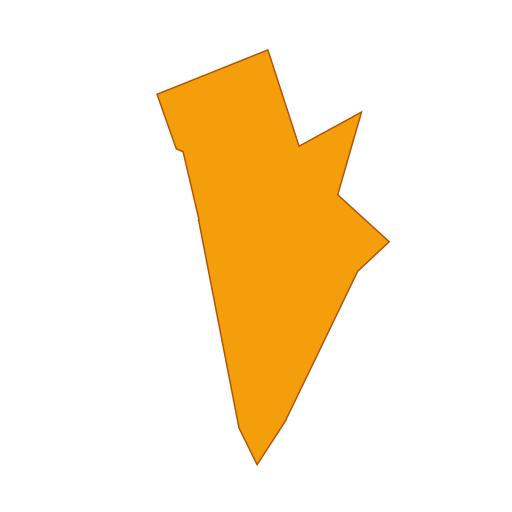 81, Ar Rayyān, Qatar, rotated 281°
{"feature_id": "91078587B52698515683272", "entity_name": "81", "entity_type": "district", "adm_level": 2, "iso_a3": "QAT", "parent_name": "Qatar", "parent_adm1": "Ar Rayyān", "projection": "natural_earth1", "projection_center": [51.325, 25.138], "detail": "fine", "context": "isolated", "style": "filled", "palette": "amber", "viewbox_px": 512, "rotation_deg": 281, "n_neighbors": 0, "source": "geoboundaries", "source_scale": "gbopen_adm2", "svg_char_len": 418}
<svg xmlns="http://www.w3.org/2000/svg" viewBox="0 0 512 512"><g transform="rotate(281 256 256)"><path d="M51.4,296.9L99.9,316.5L99.9,316.3L176.8,336.7L260.4,358.7L295.4,384.0L331.7,324.5L417.4,332.1L372.0,277.3L460.6,228.3L459.6,226.8L421.9,168.4L395.9,128.0L345.9,157.4L344.5,164.5L281.1,193.0L280.1,192.7L280.1,192.9L205.1,223.2L84.0,272.1L51.4,296.9Z" fill="#f59e0b" stroke="#b45309" stroke-width="1.5"/></g></svg>